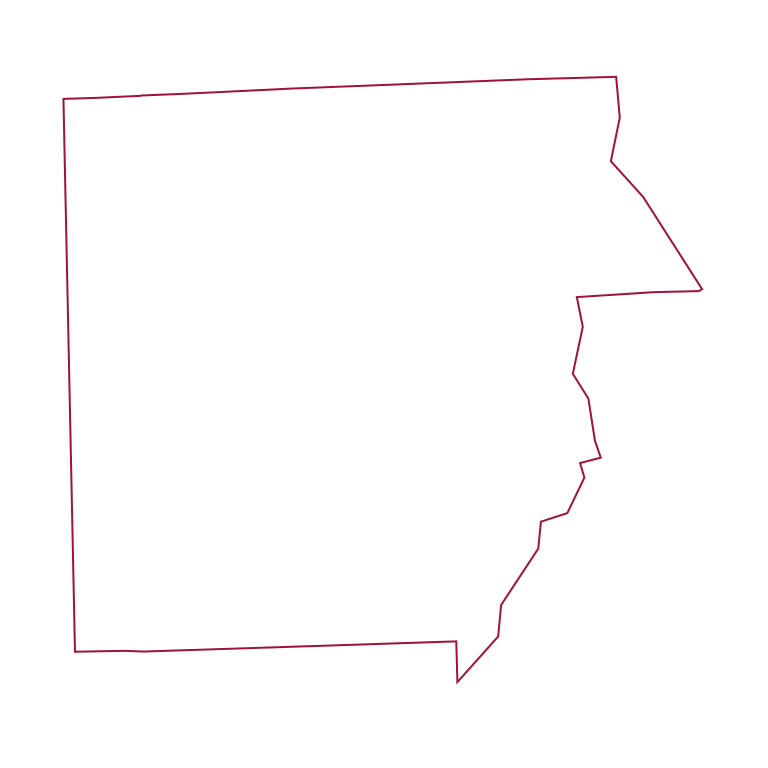 Henry, Tennessee, United States of America (Equal Earth projection), rotated 357°
{"feature_id": "52423323B42706249994053", "entity_name": "Henry", "entity_type": "district", "adm_level": 2, "iso_a3": "USA", "parent_name": "United States of America", "parent_adm1": "Tennessee", "projection": "equal_earth", "projection_center": [-88.245, 36.311], "detail": "fine", "context": "isolated", "style": "outline", "palette": "rose", "viewbox_px": 768, "rotation_deg": 357, "n_neighbors": 0, "source": "geoboundaries", "source_scale": "gbopen_adm2", "svg_char_len": 614}
<svg xmlns="http://www.w3.org/2000/svg" viewBox="0 0 768 768"><g transform="rotate(357 384 384)"><path d="M78.8,82.6L61.4,635.2L111.2,636.9L129.7,638.6L442.7,644.8L441.7,685.5L484.8,642.1L489.4,610.8L529.4,556.5L533.5,529.7L560.3,522.5L579.2,488.0L575.7,473.2L596.6,468.9L591.7,451.8L587.3,409.2L573.1,383.7L585.5,337.3L581.1,307.3L657.7,306.4L703.2,307.7L706.6,305.9L652.6,210.8L622.2,173.4L633.4,130.3L631.9,89.4L543.4,87.2L312.3,84.2L306.3,84.1L300.4,84.1L198.2,83.7L157.8,83.2L155.0,83.5L131.1,83.3L111.3,83.2L111.2,83.2L84.1,82.6L83.6,82.5L78.8,82.6Z" fill="none" stroke="#9f1239" stroke-width="2"/></g></svg>